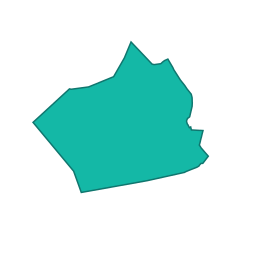 Santa María Mixtequilla, Oaxaca, Mexico, rotated 303°
{"feature_id": "50627088B35955945188177", "entity_name": "Santa María Mixtequilla", "entity_type": "district", "adm_level": 2, "iso_a3": "MEX", "parent_name": "Mexico", "parent_adm1": "Oaxaca", "projection": "albers", "projection_center": [-95.246, 16.422], "detail": "fine", "context": "isolated", "style": "filled", "palette": "teal", "viewbox_px": 256, "rotation_deg": 303, "n_neighbors": 0, "source": "geoboundaries", "source_scale": "gbopen_adm2", "svg_char_len": 1141}
<svg xmlns="http://www.w3.org/2000/svg" viewBox="0 0 256 256"><g transform="rotate(303 128 128)"><path d="M201.8,83.7L184.8,86.8L163.2,88.0L141.0,72.6L129.6,59.3L128.9,57.6L105.9,51.7L81.0,45.3L62.2,105.9L52.1,119.2L48.5,123.9L94.4,172.9L105.4,183.7L117.9,196.0L121.7,199.7L122.5,200.0L126.7,202.9L132.7,207.2L134.7,208.2L135.5,208.2L136.2,208.2L138.0,208.5L139.1,210.0L148.1,210.7L149.6,205.4L150.7,201.7L151.1,200.2L152.1,198.2L152.5,197.1L153.3,196.9L156.6,195.8L157.2,195.5L157.9,195.3L159.0,194.9L160.4,194.5L160.9,194.3L162.0,193.9L163.1,193.5L164.3,193.1L166.4,192.4L166.7,192.3L166.2,191.4L165.5,190.2L164.7,188.9L161.0,182.4L160.9,182.2L163.0,180.0L161.7,179.3L163.4,176.4L163.5,176.0L163.7,175.5L164.3,174.8L164.5,174.5L165.7,173.3L166.8,173.0L167.7,172.8L168.7,172.8L170.2,173.4L171.0,173.6L181.0,170.0L184.3,168.1L184.6,167.8L187.4,165.9L188.6,165.0L190.8,162.6L191.8,159.6L192.8,156.5L193.6,154.6L194.4,152.8L196.7,146.0L196.8,145.7L198.5,142.0L201.8,134.7L203.1,132.7L207.5,123.9L204.4,121.9L202.2,121.1L200.1,120.6L199.7,120.4L195.4,115.4L194.7,113.4L201.8,83.7Z" fill="#14b8a6" stroke="#0f766e" stroke-width="1.5"/></g></svg>